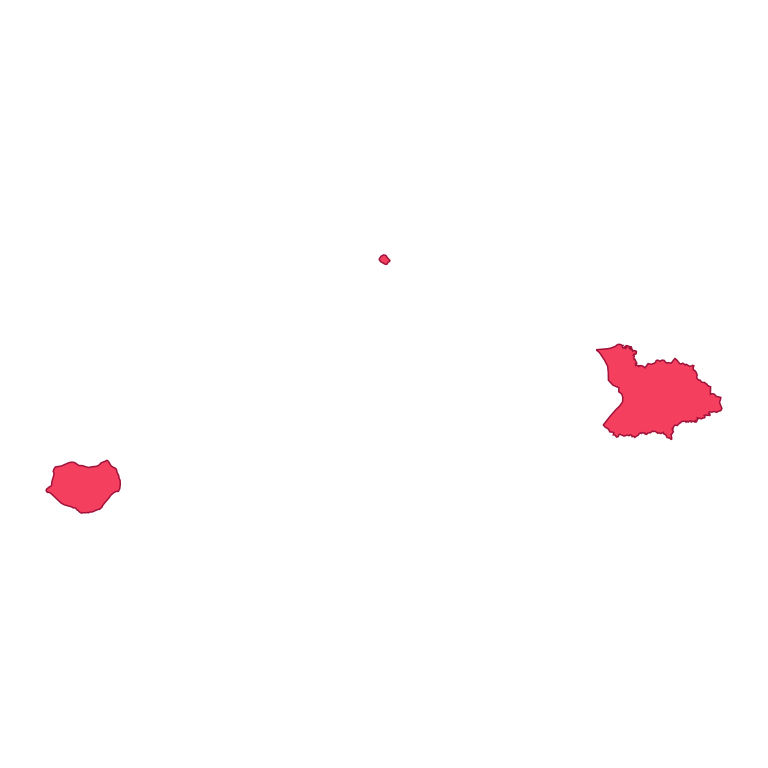 Mayagüez, Puerto Rico (Mercator projection)
{"feature_id": "32010507B39341524675779", "entity_name": "Mayagüez", "entity_type": "district", "adm_level": 2, "iso_a3": "PRI", "parent_name": "Puerto Rico", "parent_adm1": "", "projection": "mercator", "projection_center": [-67.308, 18.222], "detail": "fine", "context": "isolated", "style": "filled", "palette": "rose", "viewbox_px": 768, "rotation_deg": 0, "n_neighbors": 0, "source": "geoboundaries", "source_scale": "gbopen_adm2", "svg_char_len": 4266}
<svg xmlns="http://www.w3.org/2000/svg" viewBox="0 0 768 768"><path d="M618.3,436.5L618.9,434.9L619.8,434.2L624.1,436.1L625.0,435.8L627.1,435.1L629.1,435.7L630.1,434.7L631.6,435.4L632.0,436.6L634.0,436.4L634.6,437.4L638.4,435.0L638.9,434.0L640.5,432.8L641.3,433.5L642.8,432.5L643.5,433.0L645.0,433.2L644.9,433.9L646.6,434.4L648.1,432.9L648.9,432.8L650.5,432.7L652.2,431.4L652.7,431.1L653.6,431.5L655.4,431.4L657.8,433.3L658.8,432.8L661.0,433.6L663.2,432.4L664.0,434.1L665.6,434.6L667.1,437.5L669.8,438.2L671.1,439.4L671.7,439.1L671.7,437.7L671.0,434.7L671.6,434.4L672.5,432.9L673.4,431.8L672.2,429.0L673.1,428.8L672.9,427.8L674.8,425.1L677.4,425.5L678.4,424.3L679.6,423.2L680.7,422.7L681.7,421.4L685.7,421.3L686.1,422.2L687.4,421.4L688.2,422.1L690.1,420.8L690.7,420.8L691.3,422.1L692.8,421.1L694.4,421.7L695.2,421.0L695.2,422.1L696.3,421.9L697.0,420.6L697.2,420.0L697.3,417.9L698.3,418.7L698.8,418.0L700.9,418.8L701.5,418.8L703.0,418.0L704.5,417.8L705.0,417.1L704.2,415.5L706.2,415.0L706.9,415.5L707.9,415.2L709.5,415.5L710.1,415.0L709.9,414.0L708.7,413.5L709.4,411.8L711.9,412.2L713.5,411.6L714.6,411.6L716.8,412.4L717.7,411.4L720.4,410.8L721.3,409.9L721.9,408.4L720.1,404.1L719.5,402.0L720.3,400.2L720.8,397.4L716.3,396.4L714.3,394.1L712.0,393.7L710.4,394.3L710.6,386.8L709.5,386.5L708.4,385.7L707.6,385.5L706.9,384.1L705.4,383.5L704.9,382.5L702.6,382.4L701.1,381.8L700.4,380.3L697.9,379.6L696.6,377.2L697.2,375.0L696.1,372.2L694.6,370.3L693.4,370.0L693.1,367.9L693.9,365.9L692.8,365.3L691.6,366.0L689.6,366.3L686.2,364.3L685.5,365.1L682.8,363.2L680.6,364.0L679.6,363.5L677.1,360.3L675.2,358.6L674.9,358.5L671.3,363.0L671.1,362.9L669.8,363.0L668.0,362.6L667.4,363.0L665.8,362.6L664.2,360.4L662.1,360.1L660.0,361.2L658.1,360.2L657.0,360.2L656.1,360.8L655.5,362.3L654.8,363.0L651.2,364.3L648.1,363.6L645.0,367.8L642.9,366.1L640.4,365.6L638.9,366.4L638.9,365.7L637.4,365.6L636.5,364.9L635.7,365.5L635.4,363.7L636.8,363.1L635.8,361.2L634.8,359.2L634.1,359.4L633.8,357.4L634.3,356.5L633.9,355.3L633.3,355.2L634.2,354.1L634.9,354.4L636.2,353.7L636.3,352.3L635.5,352.5L636.4,351.8L635.8,350.9L633.3,350.5L632.7,351.1L632.2,349.5L631.2,349.5L631.7,348.2L631.2,346.8L630.2,346.7L630.8,347.7L629.9,348.8L629.4,348.4L629.1,346.4L627.3,345.7L626.0,345.7L624.9,346.7L626.5,347.2L626.1,348.1L625.2,348.3L624.3,347.6L623.0,348.0L622.3,346.6L623.0,345.5L622.1,345.5L621.0,344.6L618.4,344.3L616.9,345.0L616.4,345.4L615.3,346.4L610.7,348.1L608.0,348.7L597.8,349.6L596.8,349.6L596.8,350.4L599.4,352.5L601.3,355.3L604.8,360.6L605.1,361.3L607.0,365.0L607.7,366.3L607.9,368.8L608.0,369.7L608.3,372.7L608.3,373.5L608.4,378.7L608.4,380.2L612.9,385.1L615.5,386.3L618.8,387.6L618.8,389.9L618.8,391.1L618.8,391.8L621.6,393.9L621.8,394.0L621.9,394.3L622.0,394.7L622.8,397.3L622.7,399.3L622.6,401.8L622.3,402.3L620.8,404.4L620.0,405.6L617.1,408.5L615.3,410.3L614.7,411.0L611.6,414.6L609.7,416.8L608.1,418.8L607.0,420.2L606.7,420.6L604.6,423.3L603.4,424.8L603.4,425.1L605.0,427.0L607.7,428.6L608.6,429.4L609.8,431.9L612.7,432.2L613.6,432.6L613.7,433.3L613.2,434.8L615.0,435.1L616.6,437.1L618.3,436.5ZM46.6,489.1L46.1,490.6L47.4,492.4L48.9,492.3L50.2,493.0L50.7,493.2L56.0,498.2L58.2,500.3L61.0,503.0L64.3,504.8L68.8,506.1L71.3,506.7L73.2,507.9L74.5,507.8L75.9,508.3L76.7,509.6L78.5,510.8L79.4,511.9L81.5,513.1L83.5,512.7L85.0,512.8L86.3,512.6L88.9,512.7L90.0,512.0L92.1,512.0L95.8,510.4L98.2,509.4L99.6,509.3L102.0,507.1L102.8,505.3L105.5,501.9L108.7,498.3L110.7,495.4L113.1,493.2L115.8,491.5L117.7,491.4L118.4,491.4L119.7,488.9L120.3,484.4L120.1,480.3L119.0,478.1L118.8,475.9L117.0,472.2L116.4,469.3L114.9,467.9L113.2,467.3L110.9,465.6L108.7,461.8L107.5,460.6L106.9,460.3L104.8,461.4L101.0,462.9L99.2,465.0L97.4,465.9L96.5,466.3L92.7,466.7L88.2,467.5L82.3,465.6L78.9,465.5L74.7,462.6L72.8,462.2L72.1,462.2L69.4,462.5L66.1,463.9L61.6,465.9L60.1,466.2L57.7,466.6L56.0,466.8L55.1,467.2L54.5,468.2L53.8,469.5L53.2,471.3L54.0,473.2L53.6,476.0L52.4,479.9L51.7,482.6L51.7,484.9L50.9,486.2L49.3,486.9L46.6,489.1ZM379.3,259.2L379.3,259.8L380.8,261.8L383.5,263.3L384.6,264.0L385.0,264.1L386.1,264.4L387.2,263.9L387.8,262.6L387.9,262.4L389.6,261.4L389.9,260.4L388.6,259.1L387.3,257.6L385.8,255.4L383.6,254.9L381.0,256.3L379.4,258.8L379.3,259.2Z" fill="#f43f5e" stroke="#9f1239" stroke-width="1.5"/></svg>